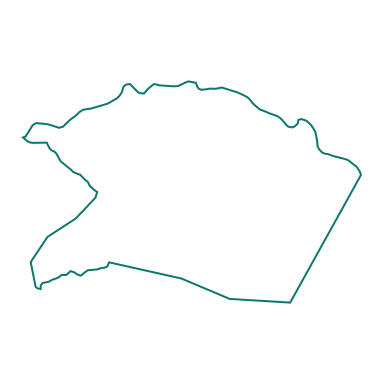 outline of Guadalupe, Piauí, Brazil
{"feature_id": "56859067B67067053626409", "entity_name": "Guadalupe", "entity_type": "district", "adm_level": 2, "iso_a3": "BRA", "parent_name": "Brazil", "parent_adm1": "Piauí", "projection": "orthographic", "projection_center": [-43.76, -6.842], "detail": "fine", "context": "isolated", "style": "outline", "palette": "teal", "viewbox_px": 384, "rotation_deg": 0, "n_neighbors": 0, "source": "geoboundaries", "source_scale": "gbopen_adm2", "svg_char_len": 1688}
<svg xmlns="http://www.w3.org/2000/svg" viewBox="0 0 384 384"><path d="M23.0,137.5L27.7,141.5L30.5,142.6L33.6,142.9L42.8,142.7L46.9,142.7L48.0,145.4L49.8,148.6L51.8,150.5L54.3,151.6L56.3,153.5L60.8,161.5L63.9,163.9L66.3,165.9L70.9,169.6L73.1,171.9L76.2,173.3L80.2,174.8L83.9,178.6L85.6,180.2L87.8,182.0L89.9,186.0L94.9,190.5L97.2,192.0L95.5,197.6L75.9,218.4L47.5,236.9L30.7,262.1L35.6,286.8L37.7,288.5L40.7,288.9L40.7,285.5L42.7,283.0L48.6,281.8L52.4,279.7L56.3,278.4L59.0,277.1L61.8,274.9L66.2,275.0L70.6,271.1L74.7,272.5L76.8,274.3L80.7,275.7L82.7,274.1L84.9,272.3L87.8,270.3L97.3,269.4L99.9,268.4L104.4,267.7L107.2,266.6L109.2,262.3L112.9,263.2L181.3,278.5L227.3,297.9L229.5,298.9L290.2,302.6L361.0,174.9L359.7,171.3L356.5,166.7L347.7,159.9L343.0,158.5L333.4,156.1L328.0,154.1L324.6,153.6L321.9,152.3L319.3,149.5L317.7,146.7L317.1,141.3L316.4,136.6L315.5,132.6L313.6,128.7L310.9,124.9L306.6,120.8L301.5,119.1L298.5,119.8L297.6,123.7L294.9,126.3L292.2,127.4L288.4,126.7L286.2,124.9L282.3,120.1L280.1,118.0L277.3,116.2L275.2,115.3L270.3,113.7L265.1,111.4L259.9,109.5L255.2,105.6L252.2,102.7L249.4,99.1L247.8,97.5L243.6,95.2L237.0,92.2L231.3,90.5L221.7,87.5L217.9,88.4L214.8,88.8L210.4,88.6L205.3,89.4L201.8,89.8L199.0,88.9L197.4,86.9L195.9,82.8L188.5,81.4L186.2,82.2L178.0,86.1L173.5,86.3L159.8,85.4L155.8,84.3L153.5,84.3L148.1,88.8L143.9,93.5L139.6,93.1L137.4,91.6L130.0,84.1L126.3,84.5L123.7,86.3L123.0,88.4L121.8,92.2L119.5,95.8L117.2,98.1L108.0,103.5L103.2,105.0L91.2,108.5L83.2,109.7L79.4,112.1L75.2,116.2L71.2,118.9L67.1,122.6L63.0,126.7L59.1,127.8L48.4,124.4L44.9,123.9L36.3,123.1L34.3,124.0L32.5,125.5L25.6,136.5L23.0,137.5Z" fill="none" stroke="#0f766e" stroke-width="2"/></svg>